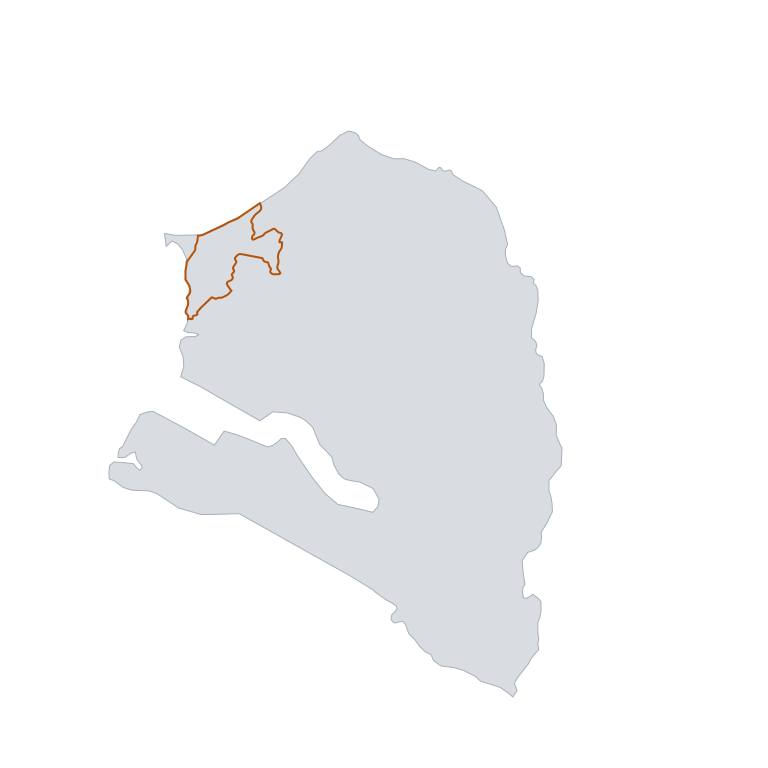 location of Thiès within Senegal, rotated 29°
{"feature_id": "SEN-768", "entity_name": "Thiès", "entity_type": "Region", "adm_level": 1, "iso_a3": "SEN", "parent_name": "Senegal", "parent_adm1": "", "projection": "natural_earth1", "projection_center": [-16.596, 14.801], "detail": "fine", "context": "in_parent", "style": "outline", "palette": "amber", "viewbox_px": 768, "rotation_deg": 29, "n_neighbors": 0, "source": "natural_earth", "source_scale": "10m", "svg_char_len": 6323}
<svg xmlns="http://www.w3.org/2000/svg" viewBox="0 0 768 768"><g transform="rotate(29 384 384)"><path d="M570.5,353.3L578.6,369.5L576.9,377.3L575.1,388.6L579.7,396.9L585.1,402.2L589.0,407.2L593.2,414.0L594.0,427.5L593.3,437.3L596.1,441.7L598.4,447.3L598.0,452.0L596.5,456.1L591.3,461.6L590.5,471.7L598.9,484.0L604.4,490.7L604.3,494.5L605.8,498.7L609.8,503.6L612.3,502.5L614.9,498.5L616.1,495.7L623.3,496.9L626.7,498.2L631.4,506.2L633.1,511.6L634.3,518.3L639.1,526.7L643.3,532.6L644.2,536.3L648.0,541.2L645.8,552.3L646.1,558.0L643.6,572.9L643.0,579.9L643.2,582.5L649.0,587.8L648.4,595.3L642.6,594.0L632.5,593.1L612.3,597.1L605.4,595.4L592.1,596.0L582.7,598.1L570.7,603.0L561.4,601.8L556.4,598.0L549.8,598.2L542.3,596.2L534.3,592.4L527.1,590.6L519.2,583.7L515.5,582.5L513.0,584.3L510.8,586.6L508.6,588.0L504.3,586.7L502.7,582.1L504.0,577.6L504.4,574.1L502.4,572.3L497.6,571.7L489.9,571.7L477.4,570.3L474.6,569.4L446.7,568.2L417.8,568.1L393.3,568.0L362.4,567.8L340.6,567.7L320.3,567.6L304.7,576.8L287.7,586.7L264.9,592.0L238.7,590.0L230.3,591.4L221.6,595.8L215.2,599.0L206.2,600.9L194.5,599.4L189.8,600.3L186.9,595.8L183.5,588.5L185.6,583.1L192.7,579.7L203.4,575.2L209.1,577.5L212.3,577.6L213.0,574.7L211.9,573.2L203.8,569.2L199.6,564.1L196.2,567.1L193.2,573.4L190.7,575.3L187.0,577.1L184.9,572.8L184.0,568.6L185.7,565.4L184.9,547.2L185.9,537.4L185.4,529.0L190.4,523.4L195.2,519.9L214.0,519.6L231.4,519.3L248.2,519.5L265.3,519.7L267.0,502.7L272.4,501.4L280.6,499.6L295.7,497.5L312.5,495.6L316.1,492.2L318.9,486.6L320.6,481.5L324.1,479.4L328.8,481.1L335.0,483.8L341.4,487.8L348.7,491.6L353.6,494.0L365.4,500.0L385.5,508.4L402.0,511.7L421.9,505.6L436.3,501.7L438.1,494.4L435.8,487.3L425.1,480.7L410.5,481.5L406.0,483.2L399.2,485.4L395.1,486.2L388.3,484.7L379.5,479.1L374.0,473.4L366.3,470.7L357.2,468.1L342.6,456.4L334.9,454.3L327.7,453.7L313.9,456.0L300.3,462.2L293.2,476.4L279.7,476.2L250.9,475.8L224.5,475.3L202.7,476.3L200.5,466.0L195.3,457.8L186.9,450.8L185.1,444.3L187.9,438.7L196.0,434.0L197.9,430.7L193.6,431.2L187.2,434.2L182.9,434.4L182.4,425.4L175.3,413.8L167.3,394.2L158.2,386.1L150.6,370.3L142.7,364.2L135.3,361.4L129.1,361.9L126.8,369.2L119.0,358.7L129.7,355.0L152.4,341.9L178.5,304.5L201.9,260.1L205.0,249.7L207.8,241.7L209.7,223.6L213.0,212.8L216.2,210.7L220.2,202.4L224.9,187.9L230.4,179.9L236.4,178.3L241.1,179.0L244.5,182.0L254.3,183.8L270.7,184.5L283.3,182.3L292.2,177.3L303.9,174.7L318.5,174.7L326.1,172.6L326.8,168.4L328.7,167.2L331.8,168.8L334.6,168.2L337.3,165.2L339.9,165.0L342.6,167.5L354.8,168.3L376.4,167.3L396.5,174.9L414.9,191.2L424.4,202.0L425.0,207.5L428.1,212.9L433.6,218.5L438.6,219.5L443.2,216.0L446.8,216.4L449.4,220.6L454.6,221.5L460.4,218.9L464.6,219.8L465.4,222.3L466.3,223.6L469.1,224.2L473.0,227.4L478.3,236.1L482.7,248.1L486.1,263.6L490.6,272.0L496.1,273.3L499.3,276.5L499.9,280.2L501.5,282.7L504.2,284.1L508.8,283.2L514.3,288.5L520.2,299.8L521.2,304.9L520.3,307.7L520.6,309.7L524.5,311.6L528.2,315.3L531.3,320.9L537.8,325.8L547.8,330.2L555.0,336.6L559.4,345.3L568.6,352.5L570.5,353.3Z" fill="#d9dde1" stroke="#a8b0b8" stroke-width="1"/><path d="M149.4,344.5L150.2,344.1L153.2,341.4L166.8,322.8L169.5,318.2L175.5,310.6L187.5,286.5L187.8,286.0L188.2,286.3L190.8,288.7L191.2,289.4L191.6,290.6L191.7,291.1L191.7,291.8L191.2,293.7L189.7,297.2L189.1,299.6L188.7,303.8L188.9,305.7L189.4,306.8L190.1,307.0L191.1,307.6L191.6,307.9L191.9,308.3L192.2,308.8L192.7,310.1L193.8,311.7L194.1,312.0L194.4,312.3L195.1,312.9L196.5,313.6L197.0,314.0L197.6,314.8L197.8,315.3L197.9,315.9L197.9,316.3L197.8,316.7L197.6,317.1L197.4,317.4L197.3,317.9L197.4,319.5L197.8,320.4L198.2,320.9L198.6,321.2L199.1,321.3L199.5,321.2L199.9,320.9L200.2,320.6L201.3,319.1L201.7,318.3L205.6,313.6L206.1,312.8L206.4,311.8L206.6,310.7L207.1,309.2L208.5,307.2L209.0,306.5L210.0,304.9L210.9,303.8L211.6,302.5L211.8,302.1L212.2,301.8L212.6,301.5L213.1,301.4L213.7,301.4L217.8,302.5L218.8,302.4L220.1,302.1L220.6,302.0L221.4,302.1L221.9,302.4L222.3,302.7L222.4,303.2L222.6,303.7L223.0,308.5L223.3,309.8L223.6,310.4L224.0,310.6L224.4,310.5L224.8,310.3L225.5,309.7L226.0,309.5L226.3,309.7L226.6,310.1L227.4,312.0L227.6,312.4L227.9,313.0L228.3,314.1L228.5,315.4L228.3,318.0L228.2,318.4L228.2,319.3L228.3,320.1L228.5,321.1L229.3,323.6L229.8,324.5L232.3,327.9L232.7,328.7L232.9,329.3L233.1,329.8L233.4,331.6L233.6,332.3L233.9,333.1L234.4,334.1L234.9,334.6L235.3,335.0L235.8,335.2L237.7,336.1L239.6,337.2L239.2,338.5L238.5,339.1L234.4,341.5L233.4,341.8L232.3,341.9L231.5,341.8L231.0,341.6L230.5,341.4L230.2,341.1L229.9,340.6L229.8,340.2L229.7,339.6L229.6,339.0L229.5,338.5L229.2,338.0L228.6,337.7L227.2,337.0L226.8,336.8L223.9,334.1L223.5,334.0L223.2,334.0L222.9,334.1L222.5,334.3L221.8,334.5L220.6,334.7L219.8,334.7L219.2,334.6L218.4,334.2L217.4,333.6L217.2,333.3L217.0,333.1L216.6,332.9L195.9,339.7L194.3,340.7L193.5,342.1L193.0,343.7L192.6,346.0L192.7,346.4L192.9,346.7L193.4,347.2L193.7,347.5L194.5,347.7L194.9,347.9L195.3,348.2L195.5,348.6L195.7,349.1L195.8,349.7L195.7,352.3L195.5,353.3L195.5,353.9L195.6,355.1L195.7,355.7L195.9,356.2L196.2,356.5L197.1,356.9L197.4,357.2L197.8,357.5L198.1,357.8L198.3,358.2L198.3,358.7L198.3,359.1L198.0,360.2L197.9,361.0L197.8,361.9L198.0,362.4L198.2,362.7L198.6,363.0L199.4,363.4L199.8,363.7L200.1,364.1L200.3,364.6L200.4,365.1L200.5,365.8L200.3,366.6L199.8,367.6L198.6,369.2L198.0,370.1L197.6,370.8L197.6,371.4L197.7,371.9L197.9,372.4L198.2,372.7L199.2,373.5L203.5,375.7L205.3,376.3L204.7,379.4L204.1,381.4L203.6,382.3L201.4,385.7L200.0,387.4L199.2,387.9L198.3,388.2L197.9,388.4L197.2,389.1L196.4,390.2L196.1,390.6L195.7,390.9L195.3,391.2L194.8,391.3L192.0,391.5L191.6,391.6L191.3,391.8L186.9,406.0L185.7,411.8L186.0,412.2L186.3,412.6L186.7,412.9L186.9,413.3L186.9,413.9L186.5,414.7L184.3,416.8L184.1,417.3L184.1,418.1L184.3,418.6L184.6,419.0L184.9,419.5L184.8,420.0L184.4,420.5L181.9,421.4L181.3,422.2L180.4,420.3L179.7,419.3L178.5,418.7L176.3,418.1L175.5,417.2L175.0,415.7L174.3,410.3L173.7,408.6L173.0,407.3L171.4,405.5L170.7,405.0L170.1,404.8L169.7,404.4L169.6,403.1L169.7,402.1L170.1,400.1L170.2,398.9L169.8,397.3L168.8,395.5L166.1,392.4L159.9,389.1L159.0,387.9L158.5,386.6L155.5,381.4L153.2,374.5L152.3,373.0L153.9,359.2L153.8,358.3L153.5,357.4L152.2,354.8L151.9,353.9L151.9,351.5L151.8,350.9L151.3,349.1L149.5,344.6L149.4,344.5Z" fill="none" stroke="#b45309" stroke-width="2"/></g></svg>